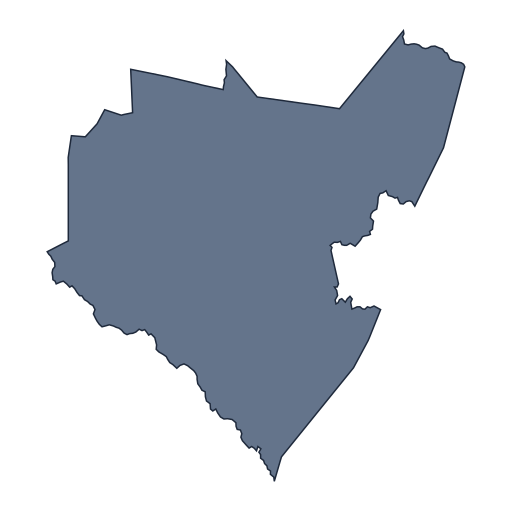 Piripiri, Piauí, Brazil (Equal Earth projection)
{"feature_id": "56859067B46900586420269", "entity_name": "Piripiri", "entity_type": "district", "adm_level": 2, "iso_a3": "BRA", "parent_name": "Brazil", "parent_adm1": "Piauí", "projection": "equal_earth", "projection_center": [-41.76, -4.358], "detail": "fine", "context": "isolated", "style": "filled", "palette": "slate", "viewbox_px": 512, "rotation_deg": 0, "n_neighbors": 0, "source": "geoboundaries", "source_scale": "gbopen_adm2", "svg_char_len": 3001}
<svg xmlns="http://www.w3.org/2000/svg" viewBox="0 0 512 512"><path d="M68.3,164.8L68.3,236.7L68.3,240.9L63.9,243.1L47.2,251.7L48.8,254.2L50.8,256.2L52.3,259.4L54.7,262.4L54.9,266.6L52.8,269.3L52.1,272.7L52.7,276.7L52.9,279.7L55.1,281.2L56.2,283.9L60.5,282.0L63.4,281.2L66.8,284.0L69.7,287.2L72.0,285.8L74.7,288.7L77.0,292.4L79.5,295.6L81.9,295.8L84.5,299.7L87.6,301.5L90.2,304.1L92.9,305.4L95.0,309.5L93.4,313.9L95.5,318.3L97.1,321.2L99.3,324.3L102.0,326.8L105.9,325.8L109.3,324.8L113.5,326.0L116.2,327.3L118.9,328.1L121.6,330.1L124.1,333.1L127.0,334.6L129.7,333.6L132.8,333.3L135.9,332.0L139.1,329.2L142.0,330.6L144.7,329.6L146.6,332.0L148.7,335.1L151.0,333.8L154.8,337.7L156.6,344.9L156.2,349.3L158.8,351.9L163.1,354.4L166.3,356.6L167.7,359.4L169.8,362.6L172.9,364.6L176.8,368.3L180.0,365.4L184.0,363.9L187.7,365.7L190.9,368.4L193.7,370.6L195.6,373.0L197.1,376.3L197.1,379.4L197.8,383.8L200.2,387.1L201.9,390.2L205.2,391.8L205.4,396.8L206.5,401.0L210.1,403.7L210.5,409.0L212.8,411.0L215.8,409.0L217.7,412.9L220.5,417.0L223.9,419.0L227.5,418.7L232.1,419.5L235.9,422.7L236.1,426.4L237.2,429.4L240.4,430.0L241.8,433.7L240.9,437.2L242.4,440.7L246.4,445.2L249.1,448.1L251.7,446.5L254.2,448.2L256.5,450.8L257.9,446.5L260.9,448.8L258.9,452.2L260.6,454.6L260.6,458.2L263.6,460.5L264.6,463.6L266.9,465.8L267.6,469.0L270.5,471.0L270.4,474.3L273.8,477.1L274.3,481.3L280.0,461.7L281.5,456.8L317.7,412.0L353.5,367.8L368.1,340.6L369.8,336.6L380.6,309.6L374.0,306.0L370.2,307.7L367.4,306.8L364.9,309.2L362.5,308.9L360.0,306.8L357.1,306.8L354.7,308.0L351.9,309.1L350.7,302.3L352.2,299.0L350.0,296.3L347.4,298.7L345.3,302.2L341.8,298.7L339.5,299.7L338.1,302.7L336.0,303.9L335.1,300.0L337.6,295.5L336.7,290.5L334.4,287.0L337.1,287.0L338.5,283.9L332.5,257.2L331.0,250.4L332.0,247.4L330.1,245.4L332.2,243.7L334.2,242.2L337.4,242.4L340.4,241.4L341.9,244.7L344.4,245.3L346.7,245.3L350.2,243.3L352.4,244.6L355.1,246.2L358.1,242.9L360.4,240.1L362.4,236.7L364.7,235.9L367.8,235.4L370.4,234.4L369.6,231.4L372.5,229.2L372.7,226.1L373.5,221.1L370.4,217.9L370.9,214.1L373.0,211.2L376.7,209.1L377.8,202.7L378.2,197.1L380.1,193.4L382.8,192.9L386.1,190.7L388.3,195.5L392.4,196.6L395.0,198.1L397.5,197.4L398.4,200.1L400.2,203.6L403.3,204.0L406.1,201.6L409.3,200.8L411.8,201.6L414.8,206.2L426.5,182.2L429.0,177.3L434.5,166.1L443.5,147.8L464.8,66.9L463.6,64.3L461.3,62.8L458.7,62.1L456.3,61.9L453.2,60.9L449.6,58.9L448.5,56.0L447.0,53.1L444.8,52.3L442.5,49.1L438.7,47.7L435.0,46.1L431.1,46.4L427.9,48.1L425.4,48.6L422.3,47.8L419.1,45.1L416.5,44.2L414.1,43.8L411.1,44.1L408.1,44.9L404.5,44.0L403.7,39.9L402.5,36.6L403.9,33.9L403.4,30.7L339.5,108.7L314.8,105.0L301.4,103.2L257.2,97.0L236.5,71.7L234.5,69.3L232.6,66.9L226.1,60.7L226.6,64.3L225.9,69.3L226.5,75.9L224.1,79.7L224.4,82.9L223.5,86.5L223.2,89.6L204.9,85.7L201.4,84.9L197.7,83.9L167.2,76.7L130.7,69.3L132.6,112.7L127.8,113.7L123.8,114.5L121.3,115.2L104.7,109.7L97.1,123.8L85.3,136.8L71.4,135.7L68.2,157.4L68.3,164.8Z" fill="#64748b" stroke="#1e293b" stroke-width="1.5"/></svg>